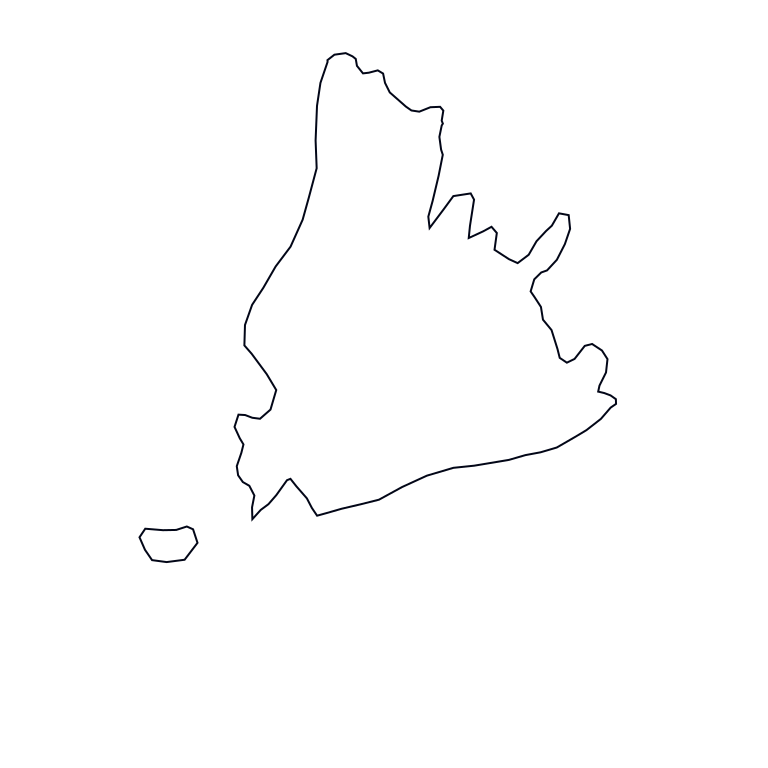 the district of Umeå, Västerbotten, Sweden, rotated 120°
{"feature_id": "70781695B42306672423643", "entity_name": "Umeå", "entity_type": "district", "adm_level": 2, "iso_a3": "SWE", "parent_name": "Sweden", "parent_adm1": "Västerbotten", "projection": "equal_earth", "projection_center": [20.181, 63.977], "detail": "fine", "context": "isolated", "style": "outline", "palette": "ink", "viewbox_px": 768, "rotation_deg": 120, "n_neighbors": 0, "source": "geoboundaries", "source_scale": "gbopen_adm2", "svg_char_len": 1883}
<svg xmlns="http://www.w3.org/2000/svg" viewBox="0 0 768 768"><g transform="rotate(120 384 384)"><path d="M285.2,173.1L281.2,175.6L280.6,182.1L281.7,188.7L283.5,194.7L277.6,196.6L263.0,197.5L250.7,202.9L246.0,212.0L245.3,223.8L250.6,229.2L267.0,231.5L274.1,236.3L273.5,244.9L267.0,251.2L253.5,265.9L248.8,278.5L238.8,286.6L233.5,297.0L230.5,303.3L218.2,306.2L208.8,303.6L204.1,299.6L190.0,296.4L172.4,297.3L156.6,300.4L145.4,308.5L148.7,317.8L163.0,317.8L170.3,320.1L184.1,323.3L199.7,323.3L212.5,328.7L213.4,338.2L212.5,355.4L196.8,361.8L194.1,369.5L202.3,374.5L215.2,383.6L204.1,388.6L179.3,398.2L175.6,404.2L186.6,417.9L203.1,419.7L226.1,422.5L216.9,429.3L201.2,433.4L176.4,440.8L156.1,447.7L152.4,451.8L142.3,459.6L131.2,463.3L129.1,463.2L127.1,465.7L117.6,469.3L115.9,474.0L121.1,482.2L130.5,489.6L133.4,497.0L132.8,503.8L128.6,524.8L122.7,533.7L115.6,540.0L115.5,546.2L122.0,552.8L125.5,557.5L122.0,566.5L116.6,571.0L116.0,575.1L116.6,582.6L123.6,591.6L131.8,594.9L133.3,593.9L155.0,589.6L176.6,581.1L207.3,565.0L230.8,550.2L260.2,542.3L282.4,536.6L311.8,533.6L336.4,536.6L361.0,536.6L381.4,537.8L402.4,533.9L420.4,524.2L424.0,513.7L434.1,490.5L443.1,474.3L462.9,469.5L476.1,474.0L479.1,481.2L480.3,488.7L483.3,494.7L495.9,492.0L503.1,481.8L506.6,475.5L515.0,473.1L528.8,470.4L536.0,464.7L539.5,457.2L539.5,449.7L545.4,440.5L556.8,436.6L566.9,430.4L554.7,427.8L545.9,424.0L534.1,421.7L515.8,419.9L512.9,417.6L516.4,408.8L521.6,393.6L527.4,384.5L531.5,376.1L524.4,369.1L513.2,358.3L499.6,343.8L486.7,330.5L464.3,316.9L441.9,301.0L421.9,282.0L409.6,265.0L387.2,237.8L374.9,226.0L364.9,214.3L358.2,207.9L352.6,202.6L334.4,192.1L322.7,185.6L305.7,178.7L291.1,175.9L285.2,173.1ZM614.8,466.1L605.3,476.7L606.0,483.5L614.3,491.0L621.1,502.3L628.7,518.4L639.0,519.1L647.1,508.1L652.5,496.8L646.9,483.2L635.9,468.8L614.8,466.1Z" fill="none" stroke="#020617" stroke-width="2"/></g></svg>